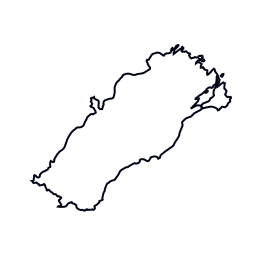 the border of Turkey, rotated 140°
{"feature_id": "TUR", "entity_name": "Turkey", "entity_type": "country or territory", "adm_level": 0, "iso_a3": "TUR", "parent_name": "Asia", "parent_adm1": "", "projection": "orthographic", "projection_center": [34.29, 38.962], "detail": "fine", "context": "isolated", "style": "outline", "palette": "ink", "viewbox_px": 256, "rotation_deg": 140, "n_neighbors": 0, "source": "natural_earth", "source_scale": "50m", "svg_char_len": 5763}
<svg xmlns="http://www.w3.org/2000/svg" viewBox="0 0 256 256"><g transform="rotate(140 128 128)"><path d="M193.5,89.4L195.6,89.9L196.5,90.3L197.0,90.4L198.0,89.4L201.1,89.3L203.9,89.7L204.3,89.2L204.8,87.9L205.2,87.6L206.0,87.4L206.8,87.4L207.2,87.6L207.6,88.6L208.6,88.9L210.3,90.4L211.4,90.9L211.7,91.2L211.4,91.5L211.5,91.9L212.2,92.4L213.0,92.5L213.8,92.4L214.3,92.5L214.7,92.8L214.8,93.5L215.1,94.1L215.8,94.9L216.7,95.3L217.2,95.8L218.1,97.7L218.5,98.8L218.5,99.8L218.1,100.9L217.2,102.3L217.8,103.6L217.8,104.1L218.7,105.7L219.2,106.7L218.9,107.0L218.8,107.4L220.2,108.0L222.0,108.5L222.7,108.6L224.5,108.1L225.7,107.9L227.0,108.4L228.9,109.7L231.1,111.6L232.2,112.8L231.8,112.9L229.4,111.4L228.7,112.0L228.2,113.1L227.8,116.7L227.3,117.1L224.9,117.2L224.1,117.5L223.9,117.7L224.3,118.7L224.7,120.0L225.2,120.5L225.9,120.9L226.0,122.2L225.8,123.1L226.2,124.0L227.0,124.9L227.5,125.2L227.5,127.2L227.9,128.1L228.2,129.2L228.3,131.2L228.5,131.7L228.7,131.8L230.0,132.0L230.2,132.3L230.3,132.5L229.6,133.5L229.4,135.1L229.2,135.6L228.7,136.7L228.3,137.8L228.2,138.7L228.4,139.1L229.7,139.1L230.4,139.6L232.4,140.6L232.8,141.1L232.4,141.9L232.4,142.2L232.7,142.6L232.9,143.2L233.1,145.0L234.8,146.0L235.8,146.8L235.8,147.1L235.5,147.9L235.7,149.0L235.3,148.7L233.8,148.7L231.7,150.7L230.4,152.0L230.0,152.0L229.7,151.6L229.4,151.0L229.3,148.9L229.0,148.2L228.6,147.8L228.0,147.5L226.9,147.5L226.1,148.2L225.0,149.0L223.2,149.2L221.3,149.1L218.8,148.3L218.3,148.3L216.3,147.8L214.6,148.6L213.8,148.5L212.7,148.1L212.3,148.3L211.3,150.0L209.4,151.9L208.3,152.3L207.6,150.6L207.1,150.0L206.3,149.7L205.9,149.9L204.8,151.2L202.8,152.1L198.7,153.4L195.8,153.9L192.2,153.6L190.6,153.7L189.3,154.0L186.5,155.5L181.7,158.4L177.9,159.9L174.1,161.0L171.3,161.2L168.9,161.1L167.3,161.2L166.4,160.9L165.1,159.9L163.5,158.9L161.8,158.5L160.5,158.5L157.3,160.2L155.1,161.0L151.9,162.5L149.0,162.5L147.6,162.5L146.6,161.9L146.1,161.1L144.2,160.6L142.8,160.5L142.5,160.9L142.1,162.0L141.5,165.5L142.8,168.3L142.8,168.8L140.9,169.0L140.3,169.3L139.7,169.7L139.5,172.2L138.3,172.6L137.8,173.2L137.2,174.7L136.9,174.7L135.0,173.6L134.1,173.5L134.9,172.3L133.1,167.9L133.9,166.4L135.6,164.7L137.4,162.7L137.3,160.6L136.7,159.9L135.7,159.1L134.1,160.1L132.9,161.1L132.1,161.3L131.3,161.9L130.9,162.9L129.8,163.7L128.2,164.1L125.6,163.2L122.9,162.0L121.4,160.9L120.1,160.7L118.9,161.1L115.4,163.7L112.2,167.6L111.4,168.2L108.4,169.8L106.3,170.4L105.4,170.2L101.4,170.9L99.4,171.0L97.8,171.8L94.8,170.8L93.0,169.6L91.9,168.4L90.2,165.7L88.9,164.4L86.1,163.2L81.3,160.3L80.0,160.0L76.6,159.5L73.1,159.1L72.3,160.1L71.9,164.0L71.2,165.0L70.9,167.1L70.4,167.6L69.7,168.0L68.7,167.3L68.0,167.0L66.2,167.7L62.7,168.8L61.5,168.9L57.6,167.2L56.2,166.1L55.4,165.0L55.1,163.3L54.6,162.2L54.4,160.7L53.6,160.3L52.7,160.9L51.8,160.8L50.7,160.4L48.1,158.7L46.0,158.5L44.6,160.2L43.6,160.7L42.5,160.8L42.5,160.3L43.4,159.2L40.1,159.1L38.4,159.9L37.1,159.7L36.1,159.2L36.3,158.7L37.3,158.6L38.2,158.3L41.7,158.2L42.6,157.9L43.5,156.7L45.2,155.7L45.5,155.3L38.9,155.1L35.2,154.7L34.7,155.2L34.2,155.2L34.1,153.7L34.8,153.1L35.5,153.2L37.5,152.7L37.4,151.5L36.1,150.6L35.8,150.1L34.9,149.9L34.1,149.2L34.0,147.7L33.5,146.1L32.7,145.2L32.8,144.8L34.5,144.4L35.0,142.1L34.9,140.7L34.1,140.5L31.7,139.2L31.0,139.3L30.3,138.0L28.9,137.0L28.2,137.3L27.7,137.6L27.1,137.4L26.1,136.6L25.0,136.1L24.6,135.5L25.3,134.2L26.1,134.3L26.4,133.3L25.9,131.5L26.0,130.6L26.7,130.4L27.5,130.6L28.3,131.8L28.5,132.8L28.2,133.8L28.6,134.8L29.0,135.0L29.3,134.1L29.7,133.9L30.1,134.4L31.2,134.7L33.9,134.3L34.4,133.8L32.5,133.7L31.8,133.1L31.1,132.0L30.7,131.0L30.4,129.7L30.8,129.4L32.2,128.9L33.5,127.4L33.0,126.9L32.5,126.6L31.8,126.7L31.3,126.1L31.3,125.4L31.8,124.8L31.9,123.9L30.2,121.2L30.6,120.6L31.8,119.5L33.0,118.2L33.0,117.7L32.2,117.5L28.3,117.7L26.8,118.1L24.1,118.2L24.0,117.4L24.1,116.7L24.9,115.5L25.1,112.3L25.6,110.7L27.1,110.3L29.1,108.0L32.2,105.3L35.2,105.6L36.5,104.9L38.3,105.0L38.7,106.2L40.2,107.1L43.0,107.2L44.4,106.5L43.2,105.0L43.6,104.6L44.8,104.6L46.0,105.0L46.1,105.4L45.7,105.8L45.2,106.6L45.6,106.7L49.2,106.5L52.9,107.1L54.1,107.0L57.1,107.2L57.6,106.7L56.8,106.1L55.9,105.8L54.8,105.0L56.8,103.7L57.8,103.5L62.8,102.9L66.6,102.6L66.6,102.3L61.4,101.3L60.2,100.7L58.7,99.3L58.0,98.3L58.7,95.9L59.3,95.3L61.2,95.3L67.7,96.7L72.3,96.3L77.3,98.1L82.2,97.9L83.2,97.2L84.5,94.9L91.4,91.2L93.9,89.2L96.4,88.2L100.8,87.0L104.5,85.4L105.5,85.3L114.3,86.1L120.3,86.2L123.0,84.6L124.6,85.1L124.5,85.7L124.2,86.1L124.3,87.1L125.3,88.5L126.2,89.4L129.1,90.8L133.0,89.5L134.4,90.0L135.9,93.7L137.0,94.9L138.4,95.8L139.5,95.9L140.3,95.0L141.0,94.6L142.4,94.4L144.8,95.6L145.6,96.9L149.6,97.8L153.3,98.2L154.9,99.2L160.1,100.1L162.0,99.9L165.2,98.5L171.4,96.9L175.6,98.5L176.8,98.6L177.7,98.4L179.1,98.8L180.6,98.5L185.1,96.0L186.4,94.7L187.9,94.3L189.2,93.5L192.6,90.9L193.5,89.4ZM47.8,83.7L47.4,85.3L48.0,87.2L49.4,89.8L50.9,91.2L57.2,94.7L58.4,95.1L58.0,96.4L57.6,97.5L57.1,98.2L55.1,98.6L49.9,96.9L48.6,96.6L47.7,96.8L45.8,97.8L43.9,97.3L41.2,97.7L40.3,99.5L38.2,101.6L35.0,103.1L32.7,103.9L29.1,107.0L27.4,108.9L25.9,109.5L26.3,108.5L26.7,107.7L26.7,107.0L26.8,106.1L28.0,105.1L29.1,104.4L32.2,103.2L33.1,102.1L30.7,101.9L28.4,102.0L26.9,101.7L25.6,101.6L25.0,99.9L25.8,99.6L26.7,98.6L28.5,96.9L28.8,96.3L28.8,95.7L28.6,95.3L28.6,94.8L28.9,92.8L31.2,91.5L31.9,91.4L32.2,90.7L32.2,89.1L32.0,87.8L31.6,87.7L31.1,87.3L30.3,86.3L29.4,85.9L29.4,85.5L29.5,85.1L29.9,84.7L31.6,84.5L31.8,84.2L32.5,82.8L32.9,82.6L34.9,82.6L35.8,82.4L36.7,82.0L37.2,81.6L39.2,81.5L39.7,81.3L40.3,81.5L42.0,83.6L42.6,84.0L44.0,83.5L45.5,83.7L45.9,83.4L46.4,83.3L47.8,83.7ZM23.5,108.4L20.9,108.6L20.2,108.1L21.0,107.3L22.5,106.9L23.0,106.8L23.6,107.8L23.5,108.4Z" fill="none" stroke="#020617" stroke-width="2"/></g></svg>